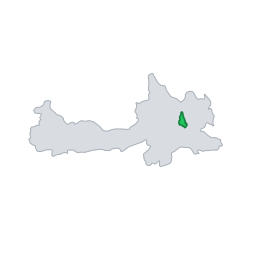 Nga, Oudômxai, Laos shown in context, rotated 127°
{"feature_id": "54806243B37529885966132", "entity_name": "Nga", "entity_type": "district", "adm_level": 2, "iso_a3": "LAO", "parent_name": "Laos", "parent_adm1": "Oudômxai", "projection": "albers", "projection_center": [101.853, 20.179], "detail": "fine", "context": "in_parent", "style": "filled", "palette": "green", "viewbox_px": 256, "rotation_deg": 127, "n_neighbors": 0, "source": "geoboundaries", "source_scale": "gbopen_adm2", "svg_char_len": 5454}
<svg xmlns="http://www.w3.org/2000/svg" viewBox="0 0 256 256"><g transform="rotate(127 128 128)"><path d="M92.9,44.4L93.9,46.3L98.8,51.5L99.7,52.9L101.4,54.0L103.0,58.6L103.6,58.9L104.4,58.5L105.0,57.9L105.5,56.1L105.8,55.9L106.4,57.4L107.8,57.8L108.4,58.4L108.5,59.6L108.4,60.7L107.2,63.3L106.6,66.8L111.4,74.4L113.4,75.4L118.2,76.6L121.4,78.2L122.9,77.8L124.3,75.9L126.1,74.8L129.2,73.2L130.2,73.1L132.0,73.7L134.9,75.5L139.4,79.0L139.2,79.9L138.4,80.8L136.1,82.3L135.4,83.2L135.8,83.5L137.8,83.7L140.1,84.5L140.9,85.4L141.3,87.5L141.7,87.8L143.9,87.6L144.5,87.9L145.3,88.5L146.1,90.2L146.1,91.5L144.0,93.9L143.8,95.3L142.7,96.9L139.8,99.7L139.0,99.9L133.5,98.5L129.2,98.7L128.9,99.3L129.6,101.0L129.8,102.6L129.2,103.9L126.7,105.5L126.6,106.3L127.1,107.0L130.8,108.4L142.5,116.1L147.8,117.6L150.2,118.5L150.8,119.1L150.8,119.8L150.2,120.7L149.7,122.2L149.7,123.1L150.3,124.0L151.3,125.4L154.6,128.3L157.0,129.0L159.6,132.4L160.4,135.3L161.7,137.3L167.9,143.6L173.1,147.5L176.2,151.7L177.7,152.7L178.2,154.2L178.7,158.8L180.6,161.0L181.0,161.9L181.7,162.5L182.6,162.6L184.3,161.1L184.7,161.3L185.6,163.7L186.4,164.5L189.1,165.9L192.1,168.7L193.6,169.7L195.6,170.5L195.9,171.4L195.6,172.3L195.0,173.0L191.7,174.7L191.3,175.5L193.6,179.1L199.3,183.5L201.1,186.2L200.8,187.5L199.4,190.2L198.2,191.0L198.0,191.8L198.9,194.0L198.9,197.3L197.9,198.2L197.0,200.2L196.3,200.4L194.5,199.7L191.1,203.4L189.5,203.2L187.7,205.3L185.4,205.6L183.8,204.2L180.3,201.9L179.0,200.5L178.0,201.8L176.2,203.0L173.7,202.7L173.0,204.5L172.5,204.8L169.5,205.2L168.9,205.5L169.4,207.1L171.3,209.8L171.9,211.3L170.8,213.9L167.6,213.9L166.2,212.9L164.3,210.8L160.2,209.4L157.5,210.5L156.6,210.5L154.5,208.7L153.7,207.5L153.2,205.8L156.3,204.3L157.9,203.1L158.9,202.0L159.3,200.7L159.7,195.6L160.1,193.8L159.8,191.6L158.9,189.9L158.9,187.3L159.3,185.2L160.4,184.2L161.2,182.6L161.6,179.2L161.3,178.4L160.1,177.6L158.1,176.8L156.8,175.8L156.3,174.6L156.3,173.6L156.9,172.7L155.4,171.7L151.9,170.6L149.9,169.3L149.4,167.8L147.9,165.7L145.3,163.2L143.9,159.6L143.7,154.8L143.9,151.0L145.0,146.4L143.4,143.2L141.8,141.5L139.5,140.3L137.4,138.5L135.3,136.2L132.8,132.7L129.9,128.2L128.0,126.1L127.0,126.6L125.0,126.2L121.8,124.9L119.1,124.2L116.8,124.2L115.3,124.5L114.6,125.2L114.5,125.9L115.1,126.6L114.8,127.1L113.6,127.5L112.6,128.3L111.5,130.0L110.8,132.2L109.7,133.0L107.9,133.2L106.1,133.9L104.4,135.0L103.6,135.8L103.7,136.3L103.3,136.5L102.5,136.2L102.1,135.4L102.1,134.3L101.2,133.5L99.4,133.1L97.4,131.9L93.4,128.7L92.5,128.6L91.3,129.4L89.6,131.2L88.2,131.9L87.1,131.5L86.3,132.2L85.7,133.8L84.6,135.1L79.3,138.5L74.6,142.9L73.4,143.3L70.5,142.0L69.6,141.2L73.6,132.1L74.2,129.9L74.0,127.0L72.4,124.6L72.3,123.9L72.6,123.1L74.6,120.3L77.0,113.1L76.8,110.8L75.8,108.4L75.3,106.0L75.7,102.8L75.6,101.6L74.5,100.9L70.9,100.3L68.8,100.8L67.9,101.6L66.7,102.2L64.4,102.5L62.3,101.4L60.5,99.5L60.1,97.3L62.4,92.4L62.9,90.6L62.9,89.7L62.5,88.8L62.0,88.6L60.8,87.5L59.8,85.5L58.7,84.5L57.7,84.7L56.8,85.4L55.3,87.3L54.9,87.1L56.2,80.4L57.5,77.6L58.9,76.3L60.5,75.7L62.1,75.9L63.5,75.7L64.6,75.0L64.5,74.6L63.2,74.5L62.7,73.7L62.9,72.3L63.5,71.4L64.4,71.0L65.3,69.6L66.1,67.1L67.1,65.9L68.3,65.9L70.4,64.8L73.3,62.8L74.4,60.8L75.4,61.7L75.0,64.0L75.6,64.5L75.9,65.3L75.7,66.6L75.9,67.7L76.4,68.3L77.0,68.5L80.1,67.6L81.9,67.5L85.0,69.2L86.8,68.0L86.8,67.5L85.3,65.9L85.8,60.0L85.6,55.6L83.1,52.3L82.6,51.0L82.3,48.8L81.6,47.0L83.4,45.5L84.4,42.7L85.6,42.1L86.0,42.2L87.6,44.2L89.5,43.2L91.0,43.2L92.2,43.8L92.9,44.4Z" fill="#d9dde1" stroke="#a8b0b8" stroke-width="1"/><path d="M86.0,89.9L85.8,90.1L85.7,90.2L85.6,90.3L85.5,90.5L85.4,90.6L85.2,90.8L85.1,91.1L84.9,91.3L84.8,91.5L84.7,91.6L84.4,92.0L84.2,92.3L83.9,92.6L83.7,92.7L83.7,92.8L83.5,93.0L83.3,93.1L83.2,93.2L83.1,93.3L83.0,93.5L82.9,93.8L82.8,94.0L82.7,94.4L82.7,94.5L82.8,94.6L82.9,95.1L83.0,95.2L83.0,95.3L83.0,95.2L83.3,95.0L83.6,95.0L83.8,94.9L84.0,94.8L84.1,94.7L84.3,94.5L84.4,94.4L84.6,94.4L84.6,94.2L84.8,94.1L85.0,93.9L85.3,93.7L85.4,93.8L85.5,93.8L85.8,93.8L86.0,93.8L86.3,93.8L86.5,93.8L86.6,93.7L86.8,93.6L87.0,93.5L87.3,93.5L87.5,93.5L87.8,93.4L88.0,93.3L88.1,93.2L88.3,93.1L88.6,93.0L88.7,92.9L88.8,92.9L88.9,92.7L89.0,92.7L89.2,92.4L89.3,92.2L89.5,92.0L89.5,91.9L89.8,91.8L89.9,91.7L90.1,91.5L90.3,91.4L90.5,91.3L90.8,91.4L91.0,91.4L91.1,91.5L91.3,91.5L91.7,91.4L91.8,91.4L92.0,91.2L92.3,90.9L92.5,90.9L92.7,90.7L92.8,90.7L93.3,90.6L93.3,90.4L93.4,90.2L93.5,90.1L93.5,89.9L93.7,89.7L93.8,89.6L94.0,89.5L94.2,89.4L94.3,89.3L94.3,89.2L94.4,88.9L94.5,88.7L94.4,88.6L94.3,88.4L94.1,88.2L93.7,87.8L93.7,87.7L93.6,87.4L93.5,87.2L93.4,87.0L93.3,86.9L93.4,86.7L93.4,86.4L93.5,86.2L93.7,85.9L93.8,85.7L93.7,85.4L93.6,85.2L93.4,85.1L93.2,85.1L93.2,84.9L93.2,84.7L93.3,84.6L93.3,84.1L93.3,83.8L93.3,83.7L93.5,83.4L93.6,83.1L93.5,82.9L93.4,82.9L93.3,82.7L93.1,82.7L92.9,82.6L92.7,82.5L92.5,82.4L92.4,82.4L92.2,82.4L92.0,82.5L91.4,82.5L91.2,82.6L90.9,82.7L90.6,82.6L90.4,82.6L90.0,82.7L89.9,82.8L89.9,83.0L89.8,83.3L89.7,83.3L89.7,83.2L89.6,83.3L89.4,83.4L89.3,83.5L89.4,83.8L89.4,84.0L89.4,84.3L89.4,84.6L89.4,84.8L89.3,85.0L89.3,85.3L89.5,85.3L89.4,85.4L89.4,85.5L89.2,85.6L88.8,85.5L88.7,85.5L88.7,85.8L88.6,86.0L88.4,86.1L88.3,86.3L88.3,86.5L88.2,86.5L87.9,86.7L87.9,86.8L87.8,87.1L87.7,87.3L87.6,87.5L87.4,87.5L87.2,87.7L87.1,87.8L86.9,88.0L86.8,88.3L86.8,88.5L86.7,88.8L86.6,89.0L86.4,89.2L86.4,89.5L86.4,89.8L86.3,90.0L86.2,90.1L86.2,89.9L86.0,89.9Z" fill="#22c55e" stroke="#15803d" stroke-width="1.5"/></g></svg>